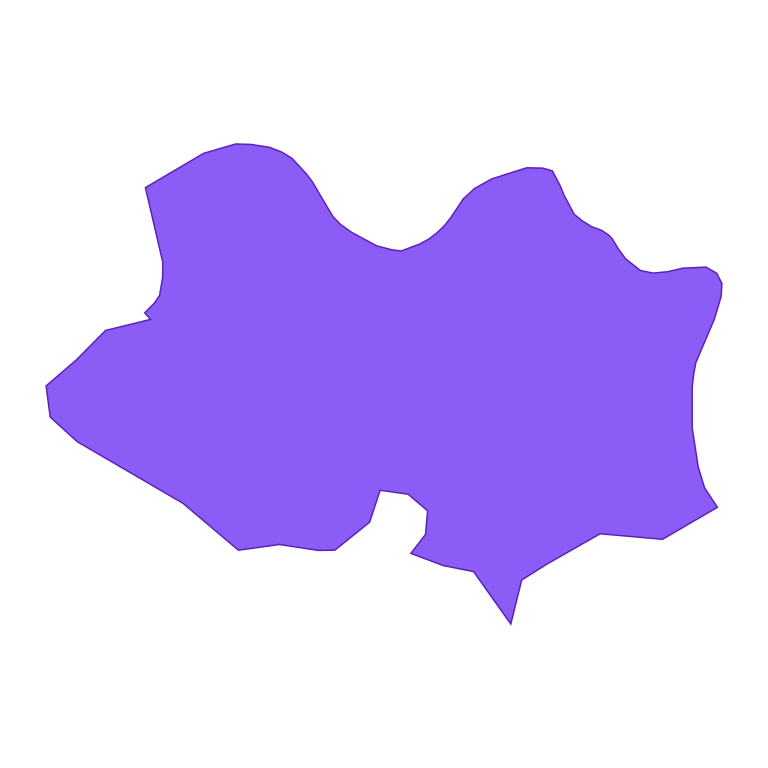 outline of Montevideo
{"feature_id": "URY-21", "entity_name": "Montevideo", "entity_type": "Department", "adm_level": 1, "iso_a3": "URY", "parent_name": "Uruguay", "parent_adm1": "", "projection": "robinson", "projection_center": [-56.197, -34.827], "detail": "fine", "context": "isolated", "style": "filled", "palette": "violet", "viewbox_px": 768, "rotation_deg": 0, "n_neighbors": 0, "source": "natural_earth", "source_scale": "10m", "svg_char_len": 1112}
<svg xmlns="http://www.w3.org/2000/svg" viewBox="0 0 768 768"><path d="M717.4,507.3L662.5,539.3L600.1,533.8L546.7,564.2L521.7,580.0L510.8,624.0L473.6,571.6L443.3,565.6L410.9,553.4L425.5,534.4L427.6,510.8L408.1,494.2L380.1,490.3L369.6,522.2L334.8,550.2L318.2,550.4L279.3,544.5L238.4,550.2L183.1,503.4L77.4,441.8L50.2,417.1L46.1,385.9L75.9,360.3L105.6,330.4L150.5,319.4L144.7,312.8L154.5,303.0L159.6,295.3L162.6,277.7L162.8,262.4L145.4,187.6L203.5,153.4L235.5,144.0L250.6,144.4L269.5,147.3L282.2,152.3L292.1,158.5L306.2,173.7L312.3,181.7L332.9,216.6L340.6,224.5L351.7,232.4L376.6,245.8L391.4,249.7L401.2,251.0L419.5,244.1L428.8,239.1L436.9,232.9L444.4,225.7L451.0,217.3L463.2,199.0L474.7,188.4L491.7,178.9L526.6,167.8L542.7,168.1L552.4,170.9L560.0,185.4L564.0,195.1L574.2,214.3L582.3,220.9L591.7,226.7L601.7,230.4L609.2,235.5L612.9,239.8L618.2,248.7L625.6,258.8L640.4,270.5L653.1,273.1L667.8,271.7L682.6,268.2L706.0,267.1L716.7,273.3L721.9,283.4L721.2,296.2L714.4,319.1L695.9,362.4L693.7,373.9L692.2,387.4L692.2,427.6L698.2,467.0L704.6,487.9L717.4,507.3Z" fill="#8b5cf6" stroke="#5b21b6" stroke-width="1.5"/></svg>